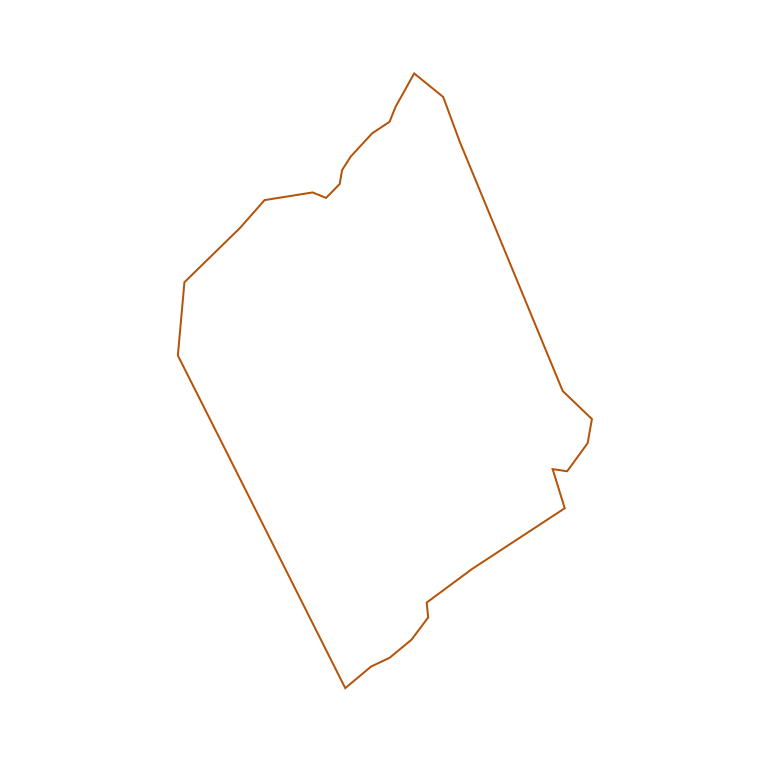 outline of Monte das Gameleiras, Rio Grande do Norte, Brazil, rotated 220°
{"feature_id": "56859067B40912870181920", "entity_name": "Monte das Gameleiras", "entity_type": "district", "adm_level": 2, "iso_a3": "BRA", "parent_name": "Brazil", "parent_adm1": "Rio Grande do Norte", "projection": "mercator", "projection_center": [-35.807, -6.43], "detail": "fine", "context": "isolated", "style": "outline", "palette": "amber", "viewbox_px": 768, "rotation_deg": 220, "n_neighbors": 0, "source": "geoboundaries", "source_scale": "gbopen_adm2", "svg_char_len": 526}
<svg xmlns="http://www.w3.org/2000/svg" viewBox="0 0 768 768"><g transform="rotate(220 384 384)"><path d="M523.1,641.9L560.5,641.3L553.3,603.7L548.3,588.5L554.2,568.4L555.7,536.8L553.6,520.9L546.5,508.7L548.0,489.3L561.9,484.8L593.7,448.1L594.6,411.3L602.3,333.7L560.2,273.3L472.6,235.7L218.2,126.1L212.3,159.2L203.7,178.0L198.6,205.8L200.1,233.6L210.8,244.0L197.7,298.7L165.7,405.0L200.1,427.2L187.6,434.9L190.0,469.6L202.2,490.8L242.6,493.5L481.2,618.0L523.1,641.9Z" fill="none" stroke="#b45309" stroke-width="2"/></g></svg>